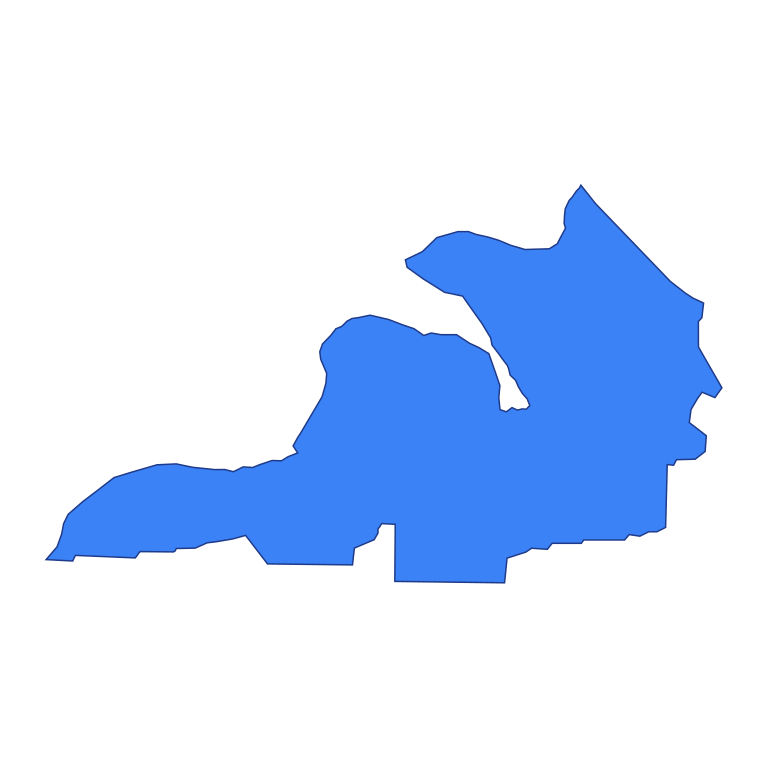 the district of Saparmyrat Turkmenbasy, Tashauz, Turkmenistan
{"feature_id": "10190150B43921321162948", "entity_name": "Saparmyrat Turkmenbasy", "entity_type": "district", "adm_level": 2, "iso_a3": "TKM", "parent_name": "Turkmenistan", "parent_adm1": "Tashauz", "projection": "natural_earth1", "projection_center": [58.279, 42.355], "detail": "fine", "context": "isolated", "style": "filled", "palette": "blue", "viewbox_px": 768, "rotation_deg": 0, "n_neighbors": 0, "source": "geoboundaries", "source_scale": "gbopen_adm2", "svg_char_len": 2475}
<svg xmlns="http://www.w3.org/2000/svg" viewBox="0 0 768 768"><path d="M353.7,553.9L354.4,548.1L363.7,544.1L374.2,539.7L375.6,537.2L378.0,533.0L378.0,532.8L378.0,528.8L379.0,527.7L379.5,527.1L381.7,523.6L395.2,524.3L395.2,532.0L394.8,581.4L504.6,582.8L504.6,582.1L505.8,570.7L507.0,558.5L507.1,558.1L525.8,552.1L530.1,549.2L531.4,548.4L531.6,548.2L533.8,548.4L547.4,549.3L549.5,546.6L552.1,543.3L580.7,543.3L581.3,543.3L583.3,540.6L583.7,540.0L623.1,540.0L624.6,540.0L628.5,535.4L629.3,534.6L638.1,535.9L639.8,536.2L648.1,532.1L648.6,531.8L650.5,531.8L656.8,531.8L665.6,527.4L667.2,465.3L667.2,464.6L670.3,464.9L673.6,465.2L674.8,462.9L676.5,459.7L695.2,459.2L698.5,456.6L705.1,451.5L705.2,450.7L706.3,435.7L689.3,422.6L689.7,419.6L691.0,409.6L693.6,405.2L697.4,398.7L698.9,396.6L702.1,392.2L714.9,397.6L717.4,394.1L721.9,387.8L711.9,370.4L706.7,361.4L698.5,347.0L698.4,342.7L698.4,321.5L700.5,319.2L701.9,317.7L703.3,305.3L703.4,304.7L703.6,303.1L693.1,298.2L684.9,292.8L670.3,281.4L595.5,203.6L580.9,185.2L579.1,188.4L576.5,190.9L574.7,193.5L572.3,197.0L569.2,200.4L565.3,208.6L564.6,214.6L564.1,223.4L565.5,228.2L561.2,236.2L557.3,243.8L549.2,248.8L525.0,249.5L510.4,245.2L498.7,240.3L488.2,237.1L476.0,234.4L468.4,231.6L457.9,231.6L450.3,233.8L436.9,237.6L422.3,251.7L405.4,259.8L407.1,267.3L422.9,278.7L444.5,292.3L462.6,296.1L467.8,303.6L481.9,323.4L490.7,338.0L492.0,345.0L499.0,354.2L502.8,359.5L507.3,365.4L508.6,368.6L510.2,375.2L515.5,380.2L518.5,387.0L522.4,393.5L527.2,398.9L529.8,405.6L526.2,409.2L522.2,408.9L517.5,410.1L512.0,407.6L506.4,411.8L500.0,409.6L498.8,397.6L499.9,385.6L494.7,370.4L488.8,353.6L478.9,347.6L469.4,343.2L456.6,334.7L441.1,334.7L431.1,333.0L423.8,335.5L414.2,328.8L402.2,324.7L388.6,319.5L380.9,317.7L370.0,315.2L358.1,317.7L352.0,318.5L347.0,321.2L341.9,326.3L335.9,328.8L330.7,335.5L322.5,344.0L319.8,351.7L320.7,359.3L326.7,373.4L325.9,383.4L322.1,396.7L300.5,433.3L297.7,437.5L293.1,446.0L297.7,452.9L288.3,456.6L281.4,460.8L272.1,460.5L259.3,464.8L252.7,467.5L243.2,466.9L233.4,471.7L224.7,469.5L214.8,469.6L192.6,467.3L176.2,463.9L157.0,464.8L130.5,472.5L114.0,477.6L97.5,490.4L82.9,501.5L68.2,514.3L63.6,523.7L61.7,533.9L57.1,546.8L46.1,559.6L72.7,561.0L75.4,555.4L135.3,557.9L137.8,554.6L139.2,552.3L139.6,552.3L140.2,551.6L173.5,551.9L175.2,550.9L176.2,548.5L182.6,548.4L195.2,548.1L207.2,542.8L215.8,541.8L232.9,538.9L245.6,535.4L267.5,563.9L352.5,564.9L353.7,553.9Z" fill="#3b82f6" stroke="#1e3a8a" stroke-width="1.5"/></svg>